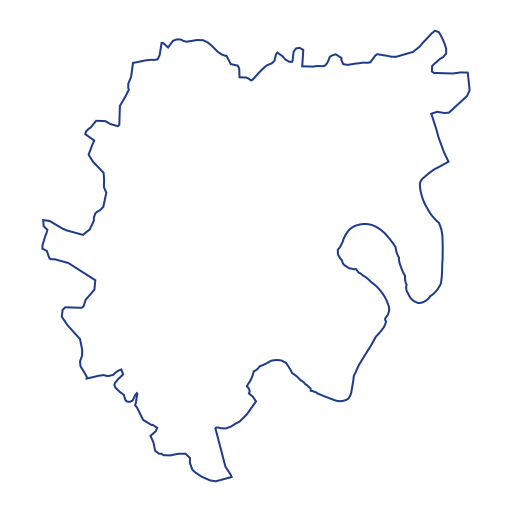 Al-Bagur, Al Minufiyah, Egypt
{"feature_id": "37247803B46685873859675", "entity_name": "Al-Bagur", "entity_type": "district", "adm_level": 2, "iso_a3": "EGY", "parent_name": "Egypt", "parent_adm1": "Al Minufiyah", "projection": "natural_earth1", "projection_center": [31.09, 30.413], "detail": "fine", "context": "isolated", "style": "outline", "palette": "blue", "viewbox_px": 512, "rotation_deg": 0, "n_neighbors": 0, "source": "geoboundaries", "source_scale": "gbopen_adm2", "svg_char_len": 5975}
<svg xmlns="http://www.w3.org/2000/svg" viewBox="0 0 512 512"><path d="M467.7,72.6L461.1,72.4L452.6,73.5L433.8,72.9L431.9,71.5L432.1,66.1L433.4,64.7L440.1,58.8L443.4,56.9L446.1,53.5L446.2,48.8L444.4,43.3L442.0,37.7L438.9,32.2L435.1,30.7L431.8,33.3L422.4,43.3L419.7,46.6L413.0,51.9L396.0,56.8L391.4,56.7L387.6,55.9L377.2,54.2L375.3,55.5L373.9,57.5L371.9,60.2L370.5,62.2L367.9,62.8L363.4,62.6L359.4,63.2L354.7,63.7L347.7,64.9L343.2,64.1L341.4,59.9L341.4,57.9L335.7,54.3L331.7,55.6L329.8,56.9L327.7,62.2L326.3,64.2L325.0,65.6L323.0,66.2L317.1,66.0L313.2,66.6L302.2,66.3L303.3,49.9L299.5,47.8L296.2,48.4L293.6,51.7L292.6,60.5L292.0,61.9L289.4,61.8L285.5,59.6L282.4,56.1L277.3,52.6L275.9,54.6L274.5,60.7L271.8,63.3L267.2,65.2L264.5,67.2L258.5,73.1L254.5,77.8L252.5,79.8L251.1,80.4L248.0,78.3L246.0,77.5L239.5,77.3L239.2,68.5L237.9,65.7L230.8,64.1L226.5,55.8L225.2,55.8L221.4,54.3L218.2,52.2L211.9,45.9L207.5,42.3L203.0,40.2L197.1,40.0L186.7,41.7L183.5,41.0L180.9,39.5L177.0,39.4L173.1,40.7L172.2,41.8L168.1,47.5L163.3,43.1L161.6,43.0L159.6,55.2L157.6,59.3L155.0,59.9L151.1,59.8L145.9,60.3L137.4,62.1L133.0,62.9L131.1,76.9L128.3,83.6L128.2,87.7L128.8,89.8L125.4,96.5L119.9,105.9L119.3,124.9L117.8,126.2L110.3,124.0L105.2,121.1L96.1,120.8L90.7,127.5L88.7,128.8L86.0,131.4L85.3,134.2L94.2,140.5L92.1,145.3L88.6,154.7L92.9,161.6L103.6,172.8L104.1,179.7L103.9,187.1L106.3,192.7L103.3,206.9L100.0,210.2L96.7,212.1L95.3,213.5L93.9,217.5L93.8,220.9L89.6,229.6L87.0,231.6L83.0,234.9L66.3,230.3L61.8,228.2L49.7,221.0L43.2,220.1L43.7,226.3L47.4,229.8L46.7,232.5L45.3,235.9L42.5,245.3L42.4,248.7L46.8,250.9L49.2,257.8L50.5,259.2L55.0,259.3L68.5,263.1L95.3,280.2L94.4,289.7L85.7,299.7L83.5,306.5L81.5,307.8L65.3,307.3L62.6,309.9L61.8,316.7L67.4,325.1L80.0,339.0L82.2,350.0L82.1,355.5L80.0,361.5L80.5,366.3L84.8,373.2L86.7,376.7L86.6,378.6L99.0,375.7L103.6,375.1L106.8,375.9L108.7,376.0L113.3,374.8L114.6,373.4L118.0,370.8L121.3,369.5L123.1,374.4L117.7,379.6L115.0,383.0L114.3,385.0L115.5,387.8L119.9,392.0L123.8,394.8L125.5,400.3L127.4,401.7L130.0,401.8L132.7,400.5L134.8,395.8L136.8,393.1L137.4,393.8L136.6,397.9L135.9,402.6L135.1,405.4L137.0,407.5L143.1,419.9L151.4,424.9L152.7,424.9L157.2,427.8L155.8,431.2L150.5,435.8L153.5,442.7L155.2,450.9L159.0,453.7L161.6,453.8L163.5,455.2L170.6,455.4L175.9,454.2L179.8,453.7L185.6,453.8L190.0,458.0L189.9,462.8L192.3,469.7L195.4,472.5L201.8,476.8L210.1,480.4L215.9,481.3L231.6,477.0L230.4,474.2L225.4,466.6L215.4,428.3L216.2,427.5L218.2,427.5L221.4,428.3L225.9,428.4L231.2,426.5L235.1,423.9L239.8,421.4L247.1,414.1L251.2,408.1L253.2,405.4L256.0,401.4L252.7,396.5L250.9,395.2L248.9,393.4L249.4,392.4L249.6,391.6L249.6,391.1L249.4,390.1L249.0,389.0L248.4,388.0L247.7,387.1L246.9,386.4L247.7,384.6L249.9,381.4L250.6,380.1L251.5,378.3L252.7,375.2L253.3,373.0L253.6,371.5L255.2,370.7L256.9,369.5L258.4,368.1L259.6,366.4L264.2,364.5L267.4,362.9L270.8,360.9L271.5,360.7L274.2,360.2L276.9,360.0L279.6,360.2L281.9,360.6L283.6,361.7L284.4,362.1L285.7,362.6L287.4,364.9L288.8,367.1L291.2,371.0L291.4,371.8L291.7,372.3L292.4,373.3L294.4,374.6L296.3,376.0L298.7,378.2L300.6,380.3L301.7,380.8L302.9,381.6L304.3,382.9L305.2,384.1L306.7,385.0L307.6,385.8L308.5,386.8L309.2,387.2L309.8,387.7L310.3,388.4L310.7,389.1L310.8,390.0L310.8,390.8L312.4,391.0L313.1,391.3L314.0,391.7L315.5,392.1L316.5,392.6L317.4,393.4L323.4,395.9L332.5,399.4L335.3,400.4L337.0,400.9L338.6,401.1L339.7,401.2L341.4,401.1L342.5,401.0L344.1,400.6L345.2,400.3L346.7,399.6L348.2,398.7L349.2,397.3L350.0,395.9L350.7,394.4L351.2,392.8L352.8,383.6L353.3,380.4L353.8,376.0L355.6,372.4L357.5,367.9L359.1,364.6L360.7,362.1L363.0,358.2L370.7,346.0L375.6,337.2L376.4,336.1L378.8,333.6L381.0,331.0L383.1,328.3L384.0,327.0L385.2,324.3L386.1,321.4L385.6,320.9L385.2,320.1L385.1,319.4L385.2,318.6L385.6,317.8L386.7,316.4L387.3,315.6L388.0,314.3L388.3,313.4L388.8,312.0L389.0,311.0L389.1,310.0L389.1,308.5L389.0,307.5L388.7,306.1L387.8,303.6L386.4,300.0L384.6,296.7L383.1,294.3L380.9,291.3L378.3,288.2L376.2,286.1L375.3,285.3L373.0,283.5L371.3,282.1L368.2,279.2L366.5,277.8L364.7,276.5L362.7,275.3L361.8,274.5L360.7,273.6L359.9,273.1L358.7,272.6L355.9,269.0L354.8,269.2L353.5,269.1L352.3,268.9L351.2,268.5L350.0,268.5L349.1,268.2L348.0,267.6L347.1,266.8L345.4,265.9L344.7,265.4L343.8,264.5L343.0,263.6L342.8,263.1L342.3,261.8L341.9,260.3L340.8,259.1L340.1,258.2L338.8,255.9L338.4,255.2L338.0,254.1L337.8,252.9L337.9,251.2L337.7,250.5L337.9,249.7L338.4,249.0L339.0,248.5L340.4,246.4L342.7,241.7L343.3,239.7L344.2,237.6L345.2,235.5L346.4,233.5L347.9,231.4L349.1,230.0L350.5,228.7L352.0,227.6L354.2,226.3L356.5,225.4L358.2,224.9L360.4,224.4L363.2,224.0L366.0,224.0L368.8,224.3L371.5,224.9L373.5,225.6L376.0,226.8L379.2,228.7L382.1,230.9L384.8,233.3L386.6,235.3L390.2,239.6L392.8,243.0L395.5,247.0L395.9,249.5L396.6,252.4L397.7,255.2L398.9,257.5L398.9,259.1L399.2,261.0L399.4,262.2L399.9,264.0L401.1,267.5L402.2,270.2L403.4,273.0L405.1,275.9L405.0,278.3L405.2,280.5L405.7,282.7L406.6,284.8L406.3,286.2L406.1,287.5L406.3,289.2L406.5,290.5L407.0,291.7L407.7,292.8L408.2,293.6L408.7,294.9L409.5,296.3L410.7,298.2L411.8,299.4L413.5,300.8L414.9,301.6L416.8,302.5L418.3,303.0L418.9,303.0L420.5,302.9L422.1,302.5L423.1,302.1L424.1,301.7L425.5,300.9L427.3,299.6L428.9,298.1L430.3,296.1L432.0,295.0L433.7,293.6L435.9,291.3L437.5,289.4L439.2,286.7L440.0,285.3L441.0,283.3L441.8,276.1L442.1,271.0L442.2,265.0L442.6,258.6L442.7,249.8L442.7,245.4L442.5,238.7L442.4,235.9L441.9,232.4L441.4,229.8L440.6,227.2L439.7,224.7L439.0,222.9L436.8,221.0L434.8,219.0L433.0,216.9L431.2,214.7L429.6,212.3L426.8,207.5L425.3,204.8L424.4,203.0L423.6,201.1L422.5,198.2L421.6,195.2L421.1,193.2L420.5,190.6L420.1,187.6L419.9,185.6L419.9,183.9L420.2,182.6L420.6,181.4L421.2,180.3L422.0,179.3L422.8,178.4L428.7,173.4L431.8,171.1L435.0,168.9L437.4,167.8L448.5,161.7L444.0,152.3L438.5,137.3L436.2,128.8L431.3,113.7L437.2,111.8L444.3,113.0L448.9,112.7L467.0,96.0L469.6,90.3L468.6,80.1L467.7,72.6Z" fill="none" stroke="#1e3a8a" stroke-width="2"/></svg>